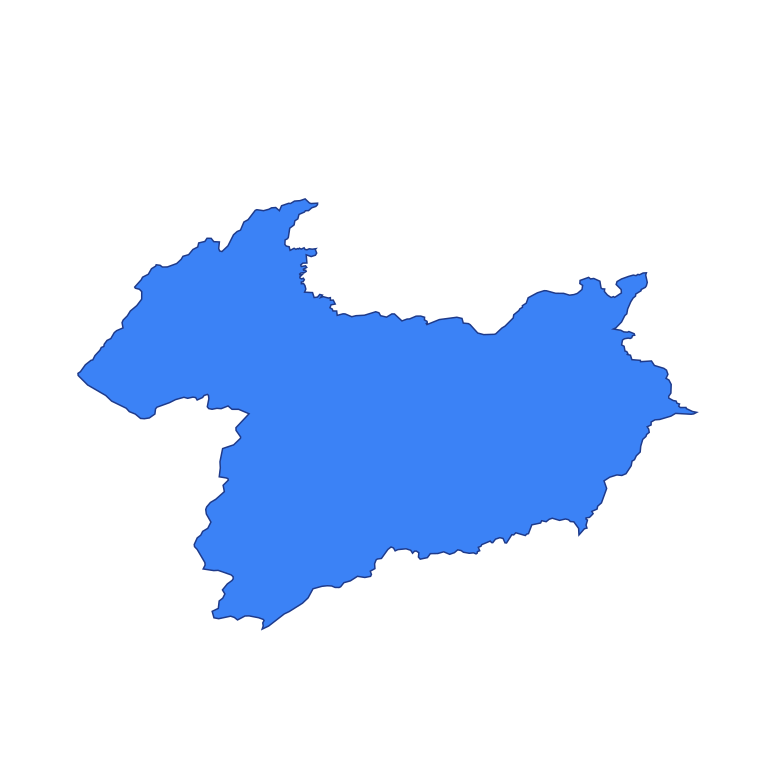 the district of Ban Kha, Ratchaburi, Thailand, rotated 71°
{"feature_id": "78962969B84740319728586", "entity_name": "Ban Kha", "entity_type": "district", "adm_level": 2, "iso_a3": "THA", "parent_name": "Thailand", "parent_adm1": "Ratchaburi", "projection": "equal_earth", "projection_center": [99.377, 13.332], "detail": "fine", "context": "isolated", "style": "filled", "palette": "blue", "viewbox_px": 768, "rotation_deg": 71, "n_neighbors": 0, "source": "geoboundaries", "source_scale": "gbopen_adm2", "svg_char_len": 6168}
<svg xmlns="http://www.w3.org/2000/svg" viewBox="0 0 768 768"><g transform="rotate(71 384 384)"><path d="M590.2,248.8L586.1,241.6L586.3,239.0L583.2,238.9L578.9,235.9L577.5,237.0L576.4,236.5L577.0,233.2L576.4,231.8L574.7,228.5L572.1,229.0L571.6,223.2L569.1,221.8L567.2,217.1L555.3,207.5L547.2,207.5L545.6,200.9L545.8,193.4L547.9,188.9L547.6,184.4L541.8,176.9L537.7,174.6L537.1,171.8L534.0,168.8L531.7,163.9L526.4,161.5L520.6,157.4L518.9,153.4L517.2,152.1L516.1,149.0L512.8,148.4L510.1,149.1L509.7,144.8L506.9,143.8L506.1,139.5L507.3,134.9L507.8,123.2L506.7,117.9L512.6,103.4L513.1,100.9L512.6,97.6L510.4,101.3L505.7,106.1L504.5,106.1L502.7,111.5L501.0,112.6L499.1,111.1L497.6,113.2L495.2,113.4L493.8,115.9L490.1,119.3L488.3,118.8L486.0,115.7L477.9,112.6L473.0,113.3L470.5,115.5L467.3,112.4L462.9,112.4L460.3,114.3L454.5,122.3L449.3,123.6L446.4,134.2L445.1,133.9L441.7,141.7L437.0,141.6L435.3,144.3L434.7,143.5L432.4,143.9L431.3,145.4L426.5,144.7L424.4,146.6L420.1,144.2L419.5,141.9L420.1,138.2L421.1,136.4L420.9,134.7L419.2,133.3L419.5,131.1L417.9,131.1L414.1,135.4L414.3,136.9L412.8,140.3L410.3,142.6L406.7,149.2L406.4,146.5L402.7,139.2L397.7,134.0L396.7,131.6L392.4,129.2L386.6,123.9L383.8,120.4L382.8,117.6L380.9,116.7L379.5,110.6L378.4,110.1L377.7,105.5L376.6,104.0L373.7,102.0L366.2,101.1L364.3,99.7L363.4,102.9L363.9,106.9L363.0,108.3L363.6,110.4L362.2,112.8L361.9,117.7L362.0,125.2L363.0,130.3L365.5,132.1L371.9,129.0L375.2,129.9L377.2,137.7L376.1,138.5L376.1,141.1L372.6,143.8L368.2,145.5L366.0,144.4L365.1,146.6L363.8,147.5L357.1,146.4L352.5,151.3L351.9,154.5L349.8,155.8L349.9,164.9L352.8,166.1L355.4,164.1L359.1,166.0L361.3,171.7L361.3,175.2L360.4,179.7L356.8,184.6L354.1,192.2L348.7,200.1L347.9,202.2L347.7,209.3L349.4,219.6L353.9,223.2L355.0,227.7L356.6,228.1L357.1,231.0L358.5,232.6L360.8,238.8L363.6,240.3L368.7,250.7L369.5,254.4L373.0,262.1L372.9,263.6L369.8,273.6L366.3,278.8L356.0,283.2L354.4,284.5L352.2,289.2L347.4,288.9L344.6,293.4L341.1,310.7L341.8,324.1L340.7,324.4L340.3,323.2L338.8,322.9L336.5,324.9L334.1,323.9L331.7,327.2L330.3,331.5L330.8,338.7L330.1,341.0L330.2,346.5L321.2,351.3L320.3,353.7L321.6,359.8L318.3,365.0L315.0,365.6L313.0,368.3L312.6,380.1L310.3,388.2L309.9,392.6L305.1,397.9L304.3,399.9L303.9,405.9L299.6,405.0L298.3,408.5L296.3,408.5L294.3,410.3L291.9,408.3L292.5,404.1L288.1,404.7L287.4,407.4L284.9,406.6L284.6,408.6L281.6,413.1L281.6,415.7L279.9,413.3L278.4,415.6L280.2,418.6L279.5,421.9L274.3,421.8L271.3,429.2L268.8,427.0L265.2,426.7L262.9,427.3L262.3,429.5L260.7,429.0L260.9,427.2L259.5,425.4L257.7,425.8L257.8,427.7L256.3,429.0L255.4,428.8L253.9,425.6L253.6,427.9L252.6,428.0L252.0,426.6L252.7,422.7L252.2,420.9L250.9,421.0L250.2,423.0L249.2,422.9L248.6,419.1L246.7,419.7L246.0,423.9L244.3,424.0L243.3,421.4L244.5,417.5L236.5,415.5L239.8,411.4L239.9,406.9L238.3,405.0L234.4,405.2L233.9,404.3L233.2,407.9L231.8,410.7L232.0,413.1L231.1,414.8L229.2,415.2L229.5,418.4L228.0,419.8L228.5,420.7L227.8,421.7L228.0,423.5L226.4,424.8L227.1,429.3L223.3,429.0L221.8,431.5L219.8,432.3L215.6,430.6L215.2,427.9L214.2,426.7L206.0,422.4L204.3,417.2L200.7,415.2L199.8,411.7L196.0,409.2L195.5,403.2L194.6,401.9L195.5,398.9L193.9,395.0L193.9,390.6L192.8,388.5L191.4,387.9L189.6,394.3L188.5,395.6L183.3,398.3L183.3,403.7L181.9,409.1L182.9,413.6L182.1,415.3L182.1,422.8L186.1,426.5L181.9,428.9L180.8,433.0L181.3,435.9L180.9,441.5L177.8,447.5L177.9,449.2L184.4,459.0L185.2,463.7L191.8,469.6L192.0,473.2L193.9,477.7L202.6,486.6L206.0,494.1L204.7,496.1L202.1,496.2L196.1,493.4L194.0,498.6L190.0,500.0L188.6,503.9L190.9,507.0L190.3,513.3L193.8,515.5L194.6,520.9L198.1,526.6L197.8,532.5L200.1,535.2L202.6,540.8L202.8,550.8L201.2,555.5L198.9,557.0L197.1,560.6L198.2,561.5L199.3,566.3L203.5,571.1L204.4,577.5L206.4,579.6L211.2,588.2L212.5,587.9L214.8,584.4L217.8,583.0L224.9,585.5L229.4,592.2L232.4,600.1L236.0,604.5L238.6,609.8L240.7,611.7L246.0,612.5L246.5,619.4L247.6,622.3L252.1,627.5L252.6,631.7L255.3,635.6L257.3,636.7L257.4,639.4L259.6,641.6L263.0,648.0L266.4,651.5L266.2,653.3L268.6,660.1L273.5,667.0L274.3,669.9L276.4,670.4L288.5,664.5L304.3,650.8L311.5,647.1L323.0,635.6L327.2,633.8L331.5,628.9L337.3,625.4L338.8,621.9L339.7,616.9L337.8,610.4L333.1,608.1L332.0,606.2L331.8,592.9L330.9,586.2L331.4,577.5L333.6,574.3L334.2,568.9L335.5,566.5L338.3,565.9L337.7,559.9L336.3,557.9L336.3,554.4L337.6,553.7L340.9,554.4L348.0,558.5L350.2,557.7L351.9,554.8L352.6,549.9L354.3,546.0L354.0,538.6L358.4,536.0L360.6,529.7L368.2,521.3L377.1,538.2L379.7,539.0L387.4,536.8L388.6,537.4L392.6,546.0L392.5,557.6L404.1,564.4L410.1,566.1L418.1,570.0L421.5,563.7L422.7,562.4L424.2,562.5L427.4,569.1L433.8,570.0L438.2,580.5L439.5,586.7L442.5,591.7L444.6,593.4L449.1,594.3L458.2,592.6L463.1,597.6L464.3,603.4L467.3,606.5L468.7,610.7L474.0,615.7L476.1,616.1L479.6,614.5L494.5,611.5L497.0,612.1L500.0,615.2L505.0,605.7L506.2,601.5L514.8,590.6L517.1,589.4L519.2,590.1L520.3,591.7L522.0,597.2L526.1,603.8L530.7,602.8L534.0,606.2L535.5,610.5L542.2,613.7L543.0,620.5L549.7,620.9L552.1,616.7L553.6,604.6L556.0,601.5L559.4,599.3L558.1,591.0L559.3,587.1L564.2,578.6L567.3,574.8L568.6,574.4L570.4,576.4L573.5,577.0L576.1,579.0L575.3,571.9L568.9,553.1L568.3,547.7L564.7,532.4L561.5,525.4L554.5,517.8L555.1,508.4L556.3,503.3L557.9,499.3L560.4,496.5L561.8,492.7L561.6,491.0L558.8,486.6L559.2,479.9L557.2,471.7L560.7,465.1L561.5,459.3L560.0,457.9L556.5,457.9L555.6,452.7L550.9,451.4L547.8,448.8L547.3,447.3L548.1,443.2L541.7,434.2L540.4,430.4L542.1,428.4L545.4,427.8L545.1,424.8L547.0,416.8L549.9,412.9L553.3,412.1L552.0,409.6L552.5,407.8L554.9,406.0L558.8,407.8L561.4,406.8L562.3,399.5L559.5,395.4L561.8,388.3L562.1,382.2L566.4,377.4L566.4,372.3L564.8,368.3L566.6,365.3L568.9,363.7L571.8,358.5L572.8,354.3L574.6,352.3L574.3,351.0L572.9,350.2L572.8,347.8L569.1,348.0L569.0,345.2L567.7,343.9L567.1,334.7L569.0,333.9L569.4,332.8L567.0,329.1L567.0,324.5L568.8,321.7L573.6,321.3L574.2,319.9L568.1,312.2L568.9,310.5L567.6,307.8L573.3,299.7L572.4,298.1L572.5,296.1L565.3,290.1L566.4,281.2L564.6,279.4L567.0,275.5L565.7,271.9L565.7,268.6L570.1,262.4L570.7,256.4L572.4,253.7L574.7,252.6L576.1,249.4L583.9,247.0L590.2,248.8Z" fill="#3b82f6" stroke="#1e3a8a" stroke-width="1.5"/></g></svg>